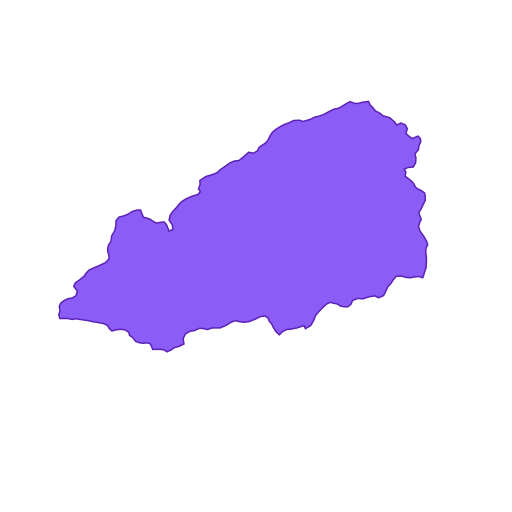 outline of Cruzília, Minas Gerais, Brazil, rotated 60°
{"feature_id": "56859067B62887597748412", "entity_name": "Cruzília", "entity_type": "district", "adm_level": 2, "iso_a3": "BRA", "parent_name": "Brazil", "parent_adm1": "Minas Gerais", "projection": "equal_earth", "projection_center": [-44.799, -21.748], "detail": "fine", "context": "isolated", "style": "filled", "palette": "violet", "viewbox_px": 512, "rotation_deg": 60, "n_neighbors": 0, "source": "geoboundaries", "source_scale": "gbopen_adm2", "svg_char_len": 3192}
<svg xmlns="http://www.w3.org/2000/svg" viewBox="0 0 512 512"><g transform="rotate(60 256 256)"><path d="M343.6,249.6L343.6,243.5L340.8,238.5L337.4,234.3L335.6,229.4L334.0,223.8L332.9,219.1L333.2,215.0L335.4,212.8L338.0,209.7L341.7,207.8L343.8,205.4L345.9,201.9L345.4,198.2L342.8,194.5L343.6,189.2L346.5,184.9L348.0,178.1L349.9,173.1L353.4,170.8L354.1,165.4L351.6,161.4L348.7,157.5L347.1,152.7L345.1,148.7L343.7,144.7L346.0,140.2L349.5,136.8L352.0,133.3L353.4,129.0L355.3,125.1L358.2,122.5L356.1,120.0L353.9,117.8L351.1,114.5L345.4,110.8L341.6,108.7L338.0,107.3L334.3,105.0L332.2,101.8L329.2,101.0L324.5,100.8L320.9,101.0L316.4,101.5L311.6,100.4L308.7,97.3L306.9,94.5L302.5,94.0L299.6,93.1L298.0,89.7L295.5,86.1L292.4,81.6L289.2,79.7L285.8,78.5L281.6,80.3L278.6,82.5L276.0,83.5L272.4,83.2L269.2,83.8L265.7,85.1L261.5,87.0L258.2,84.2L255.0,84.2L255.3,80.3L257.6,75.2L255.0,71.1L250.9,68.4L247.1,67.4L245.1,62.1L241.7,59.5L239.5,56.2L236.5,54.9L233.1,55.8L232.5,61.8L229.2,63.5L224.9,64.9L221.4,61.3L217.2,61.1L213.3,64.0L212.8,68.9L209.7,68.8L206.6,69.9L203.1,71.1L200.5,73.5L198.4,75.8L195.2,76.9L192.7,78.3L190.2,80.0L186.4,80.5L182.3,81.6L178.4,81.3L176.0,87.1L174.9,91.5L172.8,94.6L169.4,97.3L169.2,102.2L169.4,107.1L169.3,110.8L167.9,114.5L167.4,120.2L167.3,126.4L166.4,131.7L165.1,135.8L164.9,140.1L163.9,144.3L162.9,148.2L160.4,150.1L157.5,155.6L157.1,161.0L156.2,166.1L156.1,172.0L156.3,175.9L157.2,180.4L159.1,183.9L161.5,187.4L162.9,191.1L163.2,195.7L163.6,199.4L165.5,201.9L165.8,206.6L162.5,210.5L163.8,216.7L164.8,223.0L162.9,227.3L162.3,232.4L162.9,237.7L163.3,243.0L164.4,248.5L163.5,253.9L162.1,259.4L162.5,266.8L166.2,268.7L169.2,272.3L172.5,271.9L173.6,275.7L172.3,281.5L171.5,287.9L171.7,292.6L172.5,296.1L174.3,300.8L175.9,306.1L177.8,310.0L181.4,313.3L187.3,312.9L191.5,314.7L190.8,319.0L187.0,318.2L184.3,317.9L180.7,318.4L179.2,321.5L177.6,325.8L174.9,327.6L171.6,329.1L168.5,331.5L166.1,334.2L162.5,333.6L158.4,333.0L156.7,336.2L155.6,340.7L155.8,345.7L155.2,350.2L153.8,355.3L155.5,359.7L159.4,361.9L163.4,365.7L166.5,371.0L170.9,374.3L172.7,378.2L175.1,380.5L177.8,382.1L181.6,383.0L185.0,384.6L186.5,389.9L185.8,397.4L185.1,403.2L184.7,407.6L185.7,411.1L187.4,414.7L188.4,420.0L189.0,426.1L191.2,429.0L194.5,428.6L197.2,428.2L200.4,431.9L200.5,436.4L199.0,439.9L198.6,444.8L199.2,448.7L201.2,451.5L205.3,453.1L208.4,456.2L212.1,457.1L214.1,453.6L216.0,450.3L218.9,447.1L220.6,442.9L222.8,440.3L225.6,436.8L228.5,433.1L231.1,430.4L233.9,426.9L238.2,421.9L241.7,419.4L245.9,419.3L248.9,418.2L250.2,413.6L251.8,409.8L254.6,406.2L258.5,404.4L261.6,405.2L264.8,403.6L269.6,403.0L273.0,400.2L275.2,397.2L276.7,393.8L278.8,391.6L281.5,391.6L285.3,392.2L287.5,388.0L290.8,383.0L294.5,380.9L294.9,376.0L294.6,372.2L295.8,367.9L296.2,362.4L291.1,360.4L288.2,356.1L288.2,350.7L289.8,346.7L290.3,341.3L292.3,338.1L295.3,335.0L296.5,329.6L298.2,326.8L300.3,323.1L301.1,317.0L300.9,310.8L301.6,306.3L304.4,303.4L306.9,300.3L309.3,295.2L310.3,288.5L310.7,282.4L312.5,278.2L315.8,276.6L319.2,277.1L322.9,276.4L326.6,276.7L331.0,276.6L335.9,275.2L334.7,270.7L335.1,265.8L336.9,262.1L338.8,256.4L340.3,249.2L343.6,249.6Z" fill="#8b5cf6" stroke="#5b21b6" stroke-width="1.5"/></g></svg>